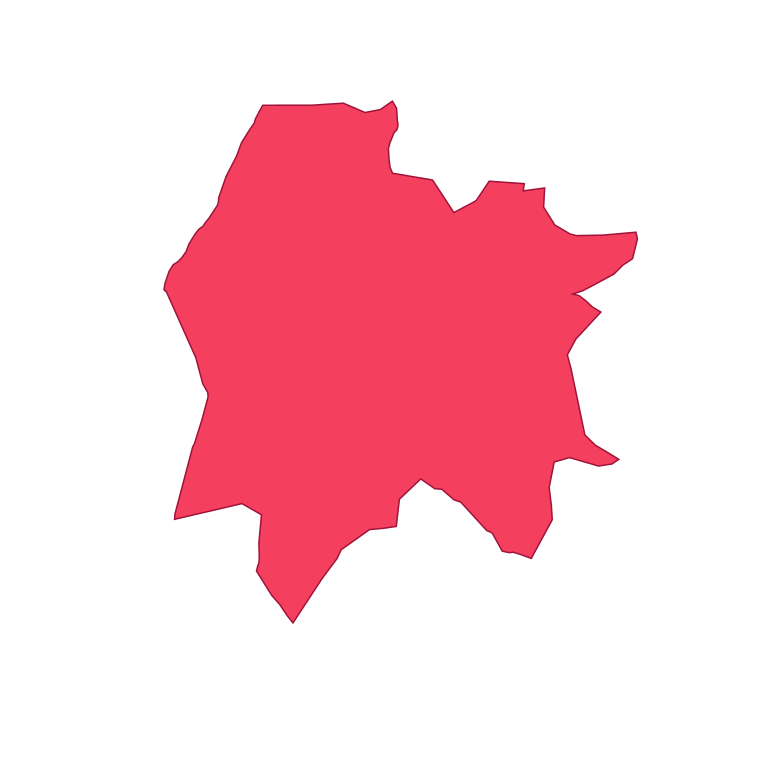 Yabo, Sokoto, Nigeria, rotated 298°
{"feature_id": "59680162B68131021355449", "entity_name": "Yabo", "entity_type": "district", "adm_level": 2, "iso_a3": "NGA", "parent_name": "Nigeria", "parent_adm1": "Sokoto", "projection": "albers", "projection_center": [4.952, 12.773], "detail": "fine", "context": "isolated", "style": "filled", "palette": "rose", "viewbox_px": 768, "rotation_deg": 298, "n_neighbors": 0, "source": "geoboundaries", "source_scale": "gbopen_adm2", "svg_char_len": 1755}
<svg xmlns="http://www.w3.org/2000/svg" viewBox="0 0 768 768"><g transform="rotate(298 384 384)"><path d="M130.3,415.8L183.4,420.7L207.9,424.5L217.6,424.0L248.7,439.6L256.2,451.1L264.0,461.7L289.5,451.7L317.4,461.0L315.4,478.0L318.2,484.5L316.0,494.0L314.6,500.0L315.7,507.3L302.8,543.6L303.2,547.6L303.1,549.7L291.9,566.9L294.0,574.1L296.1,576.9L297.8,586.0L299.1,595.9L343.1,596.3L355.2,588.9L370.2,578.4L395.0,570.9L406.1,582.3L412.3,612.0L420.4,622.8L427.7,626.7L428.4,615.7L429.2,599.3L433.3,585.3L484.8,542.4L495.8,532.2L513.7,532.3L549.3,541.7L549.8,532.0L552.3,522.8L553.6,514.7L552.0,508.5L559.8,515.8L572.4,524.4L589.1,535.4L601.1,539.1L611.3,544.6L631.0,539.7L636.3,535.2L618.1,507.2L605.3,484.1L603.8,477.7L604.6,460.1L615.1,441.9L632.5,433.8L619.9,416.3L626.7,413.8L612.5,381.7L589.6,379.3L588.0,378.6L568.2,365.2L586.9,331.1L574.1,292.5L578.3,287.5L585.8,282.3L593.9,277.4L599.8,276.0L610.7,274.9L614.3,276.0L618.0,275.3L620.6,273.9L623.0,272.0L625.5,270.4L627.2,269.5L633.4,265.6L637.7,258.6L624.6,251.9L614.8,239.8L612.9,216.3L596.1,189.1L573.2,146.1L567.0,145.9L557.8,146.0L553.7,146.9L544.8,145.9L530.0,144.9L516.3,146.8L510.7,146.9L493.5,147.1L471.4,150.5L466.2,152.6L463.0,153.0L448.2,151.6L441.9,150.4L438.2,150.1L434.1,148.0L427.8,146.8L422.0,146.4L415.8,146.1L408.1,147.1L400.2,146.1L395.0,144.5L390.5,141.9L382.7,141.3L377.4,142.2L370.4,143.3L364.0,145.4L363.0,148.9L318.7,205.7L299.1,223.9L293.7,232.4L290.1,234.7L267.2,240.0L241.9,244.7L238.7,244.6L171.8,260.3L171.5,260.3L166.5,262.5L166.2,262.6L211.7,314.7L211.0,337.2L195.0,343.9L185.2,348.0L173.5,354.6L170.6,356.1L167.0,357.7L164.1,357.9L159.0,359.2L151.0,373.1L144.7,384.0L140.2,395.7L134.0,407.3L130.3,415.8Z" fill="#f43f5e" stroke="#9f1239" stroke-width="1.5"/></g></svg>